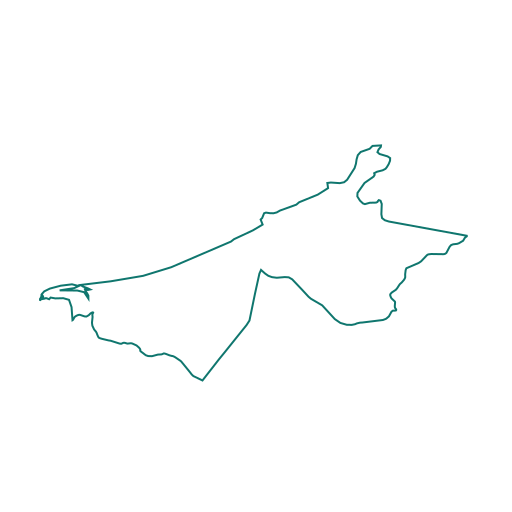 Limón, Robinson projection, rotated 281°
{"feature_id": "CRI-1329", "entity_name": "Limón", "entity_type": "Province", "adm_level": 1, "iso_a3": "CRI", "parent_name": "Costa Rica", "parent_adm1": "", "projection": "robinson", "projection_center": [-83.398, 10.004], "detail": "fine", "context": "isolated", "style": "outline", "palette": "teal", "viewbox_px": 512, "rotation_deg": 281, "n_neighbors": 0, "source": "natural_earth", "source_scale": "10m", "svg_char_len": 3723}
<svg xmlns="http://www.w3.org/2000/svg" viewBox="0 0 512 512"><g transform="rotate(281 256 256)"><path d="M358.3,357.0L356.4,356.3L348.4,348.6L337.3,343.6L333.8,344.1L330.2,347.5L328.0,351.0L327.7,353.0L330.0,357.6L331.3,363.6L332.2,364.9L333.4,365.3L334.3,365.9L334.0,367.7L331.1,369.5L320.9,371.1L317.3,372.5L315.7,375.6L315.2,379.8L315.4,397.9L315.7,424.0L316.1,459.8L316.0,459.6L314.2,457.9L313.6,457.5L310.5,456.4L307.2,452.7L306.3,451.1L305.1,447.3L304.0,445.5L303.2,445.0L302.0,444.3L295.4,442.3L294.9,441.9L294.3,441.3L293.7,440.2L293.5,439.4L291.4,427.7L290.7,425.5L290.3,424.6L290.0,424.2L289.6,423.8L289.2,423.5L282.3,419.1L281.6,418.4L280.2,417.0L272.7,406.0L271.9,405.8L270.6,405.6L266.5,405.9L263.8,406.5L263.2,406.5L262.2,406.3L260.8,405.8L257.8,404.1L256.0,402.7L255.0,402.2L251.5,400.8L250.5,400.3L250.1,400.0L249.6,399.8L246.1,396.3L245.2,395.7L244.3,395.2L243.7,395.1L242.9,395.3L241.5,396.1L240.7,396.7L240.2,397.2L238.0,400.7L237.7,401.1L236.9,401.4L233.3,401.8L232.2,402.1L231.5,402.5L230.8,403.3L230.5,403.6L230.0,403.9L229.6,403.9L229.2,403.7L228.7,402.0L228.6,401.3L228.4,400.7L227.7,400.1L227.1,399.6L222.1,398.0L219.7,396.1L219.0,395.4L217.4,392.8L211.0,373.1L210.4,370.8L209.1,367.9L208.7,367.3L208.1,366.5L207.8,365.9L206.6,363.0L206.2,360.3L205.8,358.2L206.4,351.6L209.1,345.4L220.2,330.4L224.5,318.1L226.0,315.4L231.8,307.5L240.0,296.0L241.3,292.2L240.8,288.3L238.6,280.5L238.3,275.7L238.9,271.9L240.5,268.3L242.8,264.4L243.3,263.6L239.4,262.7L219.1,262.2L191.4,261.9L186.4,259.9L167.6,250.0L156.0,243.9L147.6,239.4L123.6,227.2L126.2,217.4L127.5,215.4L129.2,213.5L138.2,202.7L138.8,201.6L141.2,196.0L141.7,194.4L141.9,193.2L141.8,192.6L142.0,190.0L142.6,186.8L142.8,185.3L142.8,184.2L142.5,183.7L141.9,182.9L141.4,182.0L141.1,180.9L140.5,178.5L137.9,173.2L137.7,172.4L137.2,169.2L137.4,167.9L137.5,167.0L138.2,165.4L138.7,164.5L140.3,161.2L140.7,160.6L141.1,160.4L141.6,160.4L142.1,160.2L142.6,159.9L142.9,159.6L143.7,158.7L145.4,155.8L146.5,151.2L146.5,150.1L146.4,149.5L145.7,147.3L145.5,146.7L145.5,145.9L145.7,144.2L145.7,143.4L145.6,142.8L145.4,142.3L145.1,141.8L144.5,141.0L144.2,140.6L144.1,140.1L144.0,138.8L145.1,129.4L145.0,127.4L145.3,120.7L145.5,118.7L145.8,117.4L146.1,117.0L146.9,116.3L148.5,115.2L150.3,114.1L151.1,113.4L153.0,111.1L156.3,108.7L158.3,108.0L159.4,107.7L165.0,107.2L167.0,106.6L167.7,106.6L168.4,106.7L169.3,107.0L169.5,106.8L169.5,106.4L169.1,105.7L168.6,105.1L167.9,104.4L166.2,103.3L165.5,102.6L164.8,101.8L164.2,101.0L164.1,100.2L164.0,99.2L164.6,94.8L164.6,94.0L164.4,93.3L163.9,92.3L163.2,91.3L162.2,90.2L161.8,89.8L161.3,89.5L160.7,89.3L158.5,88.6L158.0,88.1L170.6,84.7L177.3,80.8L177.8,74.9L176.1,67.1L176.0,62.3L174.1,61.2L174.6,58.3L174.3,57.0L173.9,56.8L172.4,53.0L170.9,52.5L172.7,52.2L173.7,52.8L174.4,52.7L175.4,53.3L175.4,53.7L174.9,54.1L174.9,54.9L175.7,54.7L176.7,53.7L176.9,52.8L177.7,53.0L180.9,54.9L184.7,59.9L189.6,70.0L193.1,80.8L192.7,87.7L189.8,83.7L184.8,69.8L188.0,87.2L187.7,94.2L182.2,99.6L185.1,99.0L187.1,97.4L189.0,95.5L191.5,93.8L190.6,94.9L190.4,96.2L190.7,97.8L191.5,99.6L192.2,97.0L193.0,92.0L194.1,89.3L203.4,118.1L215.0,149.0L228.8,174.9L265.4,228.7L268.3,231.2L280.6,248.1L288.1,256.5L292.7,253.6L294.4,254.8L299.5,255.8L300.5,257.5L300.7,261.6L301.3,265.0L302.7,268.0L305.2,270.9L314.1,285.8L317.0,288.1L328.0,304.9L336.4,313.8L341.3,312.1L342.4,315.5L343.5,324.3L345.2,328.4L348.2,330.9L361.1,336.0L365.6,336.5L370.1,336.3L374.4,336.7L378.1,338.9L382.9,347.1L386.2,349.3L386.3,349.4L388.4,357.6L386.9,357.7L384.0,356.0L381.1,355.4L379.7,357.8L378.9,366.2L377.7,369.0L375.1,369.4L371.5,368.7L368.2,367.5L366.3,366.5L364.3,364.0L361.8,358.7L359.8,356.2L358.3,357.0Z" fill="none" stroke="#0f766e" stroke-width="2"/></g></svg>